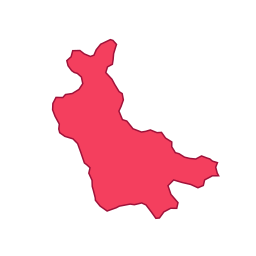 Bengtsfors, Västra Götaland, Sweden (Albers equal-area conic projection), rotated 152°
{"feature_id": "70781695B25080467136500", "entity_name": "Bengtsfors", "entity_type": "district", "adm_level": 2, "iso_a3": "SWE", "parent_name": "Sweden", "parent_adm1": "Västra Götaland", "projection": "albers", "projection_center": [12.194, 59.012], "detail": "fine", "context": "isolated", "style": "filled", "palette": "rose", "viewbox_px": 256, "rotation_deg": 152, "n_neighbors": 0, "source": "geoboundaries", "source_scale": "gbopen_adm2", "svg_char_len": 1374}
<svg xmlns="http://www.w3.org/2000/svg" viewBox="0 0 256 256"><g transform="rotate(152 128 128)"><path d="M70.4,43.3L70.4,46.3L69.0,52.2L65.3,55.4L69.0,59.1L70.3,62.3L72.6,64.7L76.2,68.8L82.7,68.8L87.7,72.1L91.8,75.7L95.0,81.3L97.8,84.0L98.2,90.9L95.9,95.1L99.6,101.5L100.5,108.4L104.6,110.3L109.2,115.8L113.8,116.7L118.0,118.1L124.0,125.0L125.8,134.7L129.0,138.0L128.1,147.2L123.9,150.4L118.9,155.0L117.0,161.1L118.8,164.3L119.3,172.6L119.3,178.6L121.6,187.4L117.4,191.6L111.9,191.6L109.1,195.3L105.8,200.4L101.2,205.0L98.9,207.2L100.2,212.4L102.1,214.3L112.8,214.8L119.3,212.0L123.9,208.3L127.6,208.8L131.8,213.9L134.1,219.0L140.5,222.2L144.8,217.6L150.4,216.2L151.7,211.1L150.8,205.1L149.4,202.3L147.1,200.0L145.2,194.9L147.1,188.4L153.1,185.1L161.0,184.6L167.5,186.9L171.2,185.5L177.2,188.8L182.7,185.0L183.0,184.6L186.0,179.5L186.9,172.5L186.8,163.7L189.6,159.6L190.5,155.9L187.7,150.3L181.7,144.3L179.8,137.9L181.1,128.7L182.9,117.6L181.6,114.8L180.2,110.7L183.8,106.5L184.3,98.7L187.0,93.2L187.9,89.0L189.7,81.7L190.7,79.5L189.3,72.2L185.4,64.5L185.2,64.5L175.8,63.1L172.4,63.1L161.8,59.8L158.4,57.3L151.1,55.4L148.2,51.6L146.8,42.9L145.8,35.2L142.5,33.8L135.7,37.1L128.0,37.1L122.7,34.2L118.9,38.6L121.3,49.2L119.8,58.3L112.1,60.7L105.8,54.5L99.1,48.7L94.3,42.4L88.5,41.9L84.7,46.2L76.0,46.2L70.4,43.3Z" fill="#f43f5e" stroke="#9f1239" stroke-width="1.5"/></g></svg>